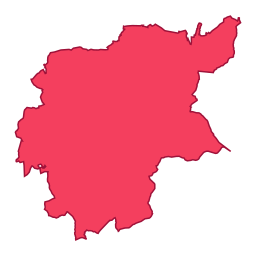 Ticleni, Gorj, Romania (Albers equal-area conic projection)
{"feature_id": "2599482B86520086133698", "entity_name": "Ticleni", "entity_type": "district", "adm_level": 2, "iso_a3": "ROU", "parent_name": "Romania", "parent_adm1": "Gorj", "projection": "albers", "projection_center": [23.405, 44.879], "detail": "fine", "context": "isolated", "style": "filled", "palette": "rose", "viewbox_px": 256, "rotation_deg": 0, "n_neighbors": 0, "source": "geoboundaries", "source_scale": "gbopen_adm2", "svg_char_len": 5693}
<svg xmlns="http://www.w3.org/2000/svg" viewBox="0 0 256 256"><path d="M86.0,239.0L86.2,238.6L85.4,237.3L85.5,236.4L84.9,236.0L84.9,235.3L84.1,234.8L84.3,234.0L84.8,233.4L84.8,232.6L84.6,232.5L84.7,232.0L85.3,231.8L86.6,230.1L88.7,230.8L89.8,230.6L92.0,230.9L93.4,231.8L94.7,231.6L96.7,233.0L98.1,233.4L99.1,231.7L100.7,229.8L109.1,221.0L109.6,220.9L109.7,220.4L111.9,220.2L114.2,218.1L115.1,217.7L115.9,220.1L115.7,221.2L116.2,222.3L115.6,224.4L115.7,226.8L115.9,227.8L117.9,230.2L118.3,231.3L118.9,230.9L119.5,229.8L120.0,229.3L124.9,228.0L129.0,227.8L130.2,227.0L133.0,224.5L134.1,224.3L136.2,223.1L141.1,221.4L144.9,218.8L149.3,218.1L150.3,217.4L151.4,216.0L152.5,213.7L152.1,213.5L152.2,211.3L150.6,208.5L149.8,205.9L148.0,203.5L148.1,202.1L148.9,201.1L149.9,197.1L150.5,196.0L151.0,193.5L152.0,192.5L154.8,188.6L154.8,184.5L154.5,183.6L149.9,179.2L149.0,176.3L151.7,175.6L152.5,174.6L153.0,173.1L155.9,171.8L157.0,170.7L157.7,169.3L156.8,168.4L156.2,165.8L157.5,165.5L159.1,162.4L159.7,161.8L161.1,158.3L161.5,157.9L163.7,157.7L165.0,157.0L168.5,156.5L171.6,157.1L176.2,156.4L179.2,156.3L182.3,157.8L184.0,158.0L185.2,159.9L187.3,160.8L190.6,160.4L192.8,159.7L195.7,160.3L197.3,159.9L198.7,159.0L199.8,156.9L203.6,152.5L204.6,151.9L206.3,151.3L208.1,151.2L215.5,153.4L216.9,153.2L217.6,152.8L220.1,150.0L221.6,147.6L222.4,147.1L224.2,147.0L230.7,151.4L219.0,142.5L216.1,138.3L213.3,135.1L213.6,134.7L213.6,134.2L211.3,131.5L210.8,129.4L209.2,126.0L207.7,121.4L207.0,120.2L205.9,119.4L202.7,115.8L201.5,115.0L200.8,114.0L199.0,112.9L196.4,112.8L192.6,111.7L190.5,111.8L190.5,111.2L190.1,111.0L190.5,110.5L190.7,107.6L191.2,107.1L190.2,106.4L191.9,104.0L197.1,100.4L197.0,99.2L195.9,98.7L195.1,96.3L193.1,95.7L192.1,94.5L195.8,90.2L197.0,86.3L197.1,85.3L196.9,84.9L198.2,81.9L198.7,79.6L199.3,79.3L199.1,75.9L198.8,75.1L198.7,74.0L198.0,72.9L198.1,72.1L198.7,71.5L198.6,71.2L213.3,72.6L213.6,71.4L214.3,70.8L214.3,70.2L216.0,69.4L216.6,68.8L216.7,68.1L219.8,66.9L221.3,65.8L222.9,65.6L224.7,63.7L227.3,62.3L228.5,59.0L230.0,57.7L233.0,57.2L233.4,56.7L233.5,55.0L234.2,53.4L234.3,51.9L234.1,50.4L233.5,49.2L233.9,48.1L233.4,47.0L233.2,44.1L233.6,43.0L233.5,41.9L234.5,39.3L236.5,35.7L236.5,34.4L236.8,33.0L236.5,32.1L236.6,29.7L236.0,26.7L236.9,25.5L240.6,22.7L239.3,19.8L239.3,17.9L238.4,17.8L237.8,20.5L237.5,21.0L235.1,19.4L232.0,18.2L230.4,16.1L227.2,17.1L225.5,18.2L224.2,18.5L223.7,19.5L223.6,22.0L219.8,24.3L217.6,26.9L212.2,30.8L210.1,33.0L209.7,33.4L208.7,32.5L208.1,33.2L207.4,33.5L206.2,32.8L205.9,33.7L206.3,34.9L204.9,35.6L202.6,35.9L200.8,35.8L200.1,34.9L199.0,34.7L199.1,33.7L199.6,33.3L199.5,31.7L200.0,30.5L199.5,28.9L200.2,28.2L200.4,27.3L200.2,26.9L201.2,25.4L201.5,24.2L200.8,23.4L199.5,23.1L199.3,23.5L198.9,23.4L197.8,25.7L197.4,28.5L196.8,28.9L196.9,29.9L196.5,30.4L195.9,33.2L195.6,33.4L195.4,35.1L194.3,35.0L193.9,37.3L191.4,37.0L191.4,42.6L191.0,44.4L190.3,44.2L188.1,38.9L188.0,39.3L188.3,40.5L187.5,40.5L187.2,38.7L186.4,37.1L186.3,35.1L186.5,34.1L187.1,33.9L187.1,33.1L186.3,32.7L186.2,31.4L185.3,30.4L180.6,31.7L178.9,31.4L178.8,31.9L179.1,32.3L179.0,32.6L177.8,33.1L164.8,30.7L161.4,27.9L155.3,24.2L154.2,25.2L152.2,26.1L151.2,25.5L150.7,24.6L150.2,24.6L147.2,26.7L147.8,27.1L147.8,27.5L144.1,26.3L142.7,26.3L142.4,25.9L142.9,25.3L141.5,25.3L140.5,25.8L132.4,25.6L126.9,26.0L124.3,26.5L123.6,26.2L123.3,28.8L124.7,29.2L124.6,29.6L123.9,29.9L122.5,32.1L121.8,32.3L120.9,34.0L121.1,35.0L120.1,34.9L120.0,35.4L120.3,35.8L119.0,36.9L118.9,40.5L118.0,40.5L117.4,41.4L115.1,41.5L113.6,41.1L112.9,41.3L113.1,42.6L112.8,43.5L112.3,43.5L111.2,44.7L108.6,46.1L107.2,47.3L107.7,47.5L108.0,48.1L107.8,49.5L105.3,49.8L100.6,49.5L98.4,50.0L93.7,49.9L91.0,49.3L87.9,50.5L86.7,49.4L82.9,48.8L81.1,47.3L79.7,47.0L73.4,48.2L71.2,50.1L69.1,49.4L60.9,50.0L54.5,52.0L50.5,52.7L49.1,55.2L48.2,56.1L47.8,57.7L47.6,60.8L47.8,61.9L47.6,62.8L45.3,65.0L44.9,65.1L44.3,64.4L43.9,64.7L44.1,65.4L45.4,66.9L44.9,67.7L45.6,67.9L45.9,68.5L46.2,69.6L46.0,70.8L46.2,73.0L45.2,73.5L43.2,69.6L42.3,70.0L40.6,71.0L38.9,73.1L38.0,73.3L36.7,74.3L32.7,79.0L31.1,79.3L32.1,82.0L34.0,84.9L35.3,85.6L37.0,87.2L40.2,88.5L41.6,88.7L42.8,89.8L42.0,90.3L42.7,92.4L41.4,94.7L40.5,97.1L41.8,100.9L42.5,102.2L42.5,102.7L43.2,102.9L44.2,104.4L41.1,105.8L38.9,106.1L38.7,107.9L37.2,108.0L36.9,108.4L35.8,108.6L34.4,107.8L32.7,107.5L31.7,108.2L27.0,107.5L24.6,110.0L24.1,111.8L23.5,117.0L23.1,118.3L21.0,119.7L18.6,121.9L18.0,124.5L18.5,128.3L17.3,130.1L17.1,129.7L17.1,130.4L16.0,131.2L15.4,132.2L16.7,136.7L20.8,138.2L22.3,140.9L21.3,140.7L18.3,151.3L18.8,152.6L18.6,154.3L19.0,157.0L17.5,159.1L16.7,159.3L16.2,160.0L16.1,161.2L16.4,161.7L16.9,161.7L18.8,161.0L20.1,162.5L23.6,161.6L24.1,165.5L24.5,176.3L27.2,174.6L29.3,172.1L30.6,168.1L31.9,166.0L32.6,166.1L34.6,168.2L37.9,169.0L39.5,168.1L38.7,166.6L38.1,166.0L38.1,165.4L38.4,164.9L40.7,164.2L41.3,164.5L42.1,166.0L43.5,167.3L44.2,166.9L44.9,165.5L45.7,166.5L44.3,168.0L42.9,168.1L41.9,167.0L40.3,167.7L40.2,168.4L39.9,168.6L40.8,173.4L44.8,171.6L48.0,171.8L47.7,172.9L47.9,176.2L47.5,179.1L47.6,181.4L49.0,183.5L49.5,185.9L49.3,187.2L49.6,188.8L51.0,191.0L52.1,193.5L54.1,195.9L54.7,198.1L52.5,198.9L48.9,200.9L45.0,201.9L44.7,204.0L45.2,207.0L45.1,208.0L44.5,209.3L47.0,211.0L48.5,213.6L48.7,215.6L50.2,215.9L53.0,217.2L54.7,217.3L56.3,218.0L58.6,217.1L59.5,215.9L60.4,215.9L61.0,215.4L62.7,215.1L63.7,215.4L64.7,215.2L65.2,214.8L65.4,214.0L66.5,212.9L66.6,212.1L67.5,211.8L72.7,216.4L75.4,221.2L75.0,223.3L75.3,224.2L75.1,226.6L75.3,227.5L74.8,229.5L75.2,230.8L75.2,232.0L74.7,232.7L74.9,234.7L75.3,235.2L75.3,235.9L75.8,237.5L75.6,238.9L75.8,239.9L80.2,237.9L81.6,237.6L82.9,237.7L86.0,239.0Z" fill="#f43f5e" stroke="#9f1239" stroke-width="1.5"/></svg>